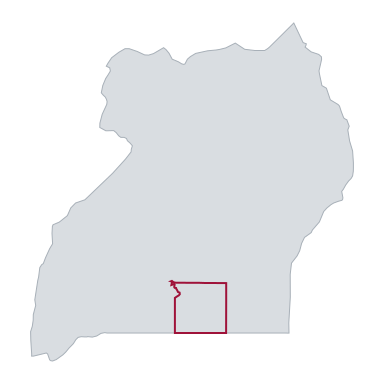 Kalangala on a map of Uganda (Albers equal-area conic projection)
{"feature_id": "UGA-2631", "entity_name": "Kalangala", "entity_type": "District", "adm_level": 1, "iso_a3": "UGA", "parent_name": "Uganda", "parent_adm1": "", "projection": "albers", "projection_center": [32.167, -0.565], "detail": "fine", "context": "in_parent", "style": "outline", "palette": "rose", "viewbox_px": 384, "rotation_deg": 0, "n_neighbors": 0, "source": "natural_earth", "source_scale": "10m", "svg_char_len": 2799}
<svg xmlns="http://www.w3.org/2000/svg" viewBox="0 0 384 384"><path d="M289.0,333.1L282.5,333.0L271.9,333.0L261.3,333.0L250.8,333.0L240.2,333.0L229.6,333.0L219.0,333.0L208.4,333.0L197.9,333.0L187.3,333.0L176.7,333.0L166.1,333.0L155.5,333.0L145.0,333.0L134.4,333.0L123.8,333.0L113.2,333.0L107.0,333.0L105.7,332.8L104.9,332.6L100.9,333.4L96.7,336.0L92.3,337.1L87.6,336.6L87.1,336.9L84.7,336.9L81.2,336.7L78.1,337.4L75.8,339.7L73.4,343.6L69.0,348.1L65.7,352.1L62.8,354.9L56.2,359.6L52.6,361.0L50.8,360.7L49.7,359.9L47.6,353.9L46.3,353.0L33.5,356.1L31.6,356.1L31.7,354.3L30.8,340.3L30.6,331.7L32.3,326.3L33.2,320.1L33.3,314.6L35.7,305.4L34.8,299.8L37.8,280.3L38.6,277.1L39.8,267.6L41.7,264.7L43.3,263.6L45.5,257.8L49.7,248.6L52.6,243.8L52.0,233.4L52.4,226.3L53.1,224.7L59.3,222.1L67.4,215.6L70.8,207.9L75.6,203.0L84.9,199.8L85.0,199.7L112.6,173.3L125.5,159.1L131.1,151.9L131.3,149.3L132.4,145.8L130.1,143.1L127.4,140.7L126.5,138.5L124.2,137.4L120.9,137.4L118.7,135.8L116.2,132.6L113.7,130.6L105.9,130.8L99.8,127.5L99.9,123.1L102.2,114.3L106.8,104.3L107.1,101.5L106.4,99.2L105.3,97.1L103.2,95.1L101.3,92.8L102.8,85.5L105.7,78.5L108.0,75.0L110.4,71.0L109.7,67.8L106.3,66.2L108.1,63.0L111.7,57.7L118.8,52.3L125.0,48.7L129.2,48.7L137.3,51.5L144.6,54.9L148.6,55.1L153.5,53.6L163.6,47.7L166.0,49.6L169.0,53.2L172.2,59.2L178.6,61.9L181.6,63.8L183.8,64.4L185.0,63.9L187.4,59.2L190.4,56.6L195.7,53.4L207.6,50.8L216.1,50.0L219.7,49.4L225.8,47.9L235.3,43.1L244.7,49.3L254.8,50.5L264.7,50.5L267.7,48.6L269.4,47.2L279.8,36.9L293.8,23.0L303.1,42.6L306.3,43.8L305.9,45.5L305.1,47.1L311.2,51.9L318.7,54.4L321.4,56.8L321.6,59.4L319.0,70.9L319.5,74.1L321.9,85.6L326.4,88.2L330.3,99.8L338.3,104.7L339.5,106.1L341.3,111.7L343.7,117.9L345.6,119.3L346.8,119.7L349.2,126.2L347.8,129.9L349.6,141.0L352.6,151.0L353.4,162.9L353.4,168.1L353.3,171.3L352.6,175.9L351.1,178.5L348.6,181.0L345.7,185.0L343.3,189.3L341.7,191.4L342.9,197.8L342.6,199.5L341.9,200.3L338.3,201.3L333.7,203.0L330.9,204.7L326.9,208.0L323.7,211.5L319.4,221.9L312.4,230.0L311.2,232.6L304.5,237.4L301.6,243.4L299.7,250.7L297.1,255.9L291.5,263.1L290.2,274.4L290.3,297.1L288.8,322.9L289.0,333.1Z" fill="#d9dde1" stroke="#a8b0b8" stroke-width="1"/><path d="M218.7,333.0L207.9,333.0L197.0,333.0L186.1,333.0L175.2,333.0L174.9,333.0L174.9,319.4L174.9,297.9L176.2,297.0L177.4,296.2L178.8,295.4L179.8,294.2L179.6,292.6L177.9,291.9L177.5,290.9L177.0,289.9L176.5,289.3L176.3,288.9L176.2,288.4L176.1,288.0L175.6,287.9L175.1,287.9L174.8,287.9L174.5,287.6L174.2,287.0L174.5,285.5L174.6,284.6L174.0,284.2L173.4,284.3L171.4,285.0L171.9,282.6L172.2,281.7L171.8,281.6L170.9,281.3L171.9,280.9L173.5,282.2L175.6,282.7L190.5,282.8L198.8,282.8L205.1,283.0L211.8,283.0L226.2,283.1L226.2,300.8L226.1,333.0L218.8,333.0L218.7,333.0Z" fill="none" stroke="#9f1239" stroke-width="2"/></svg>